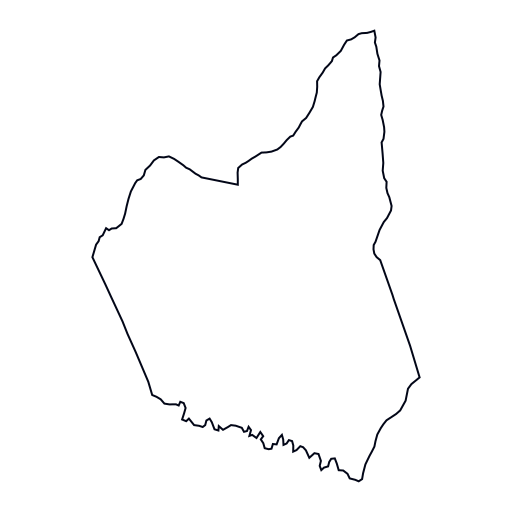 Tuneiras do Oeste, Paraná, Brazil
{"feature_id": "56859067B31393731178393", "entity_name": "Tuneiras do Oeste", "entity_type": "district", "adm_level": 2, "iso_a3": "BRA", "parent_name": "Brazil", "parent_adm1": "Paraná", "projection": "equal_earth", "projection_center": [-52.836, -23.86], "detail": "fine", "context": "isolated", "style": "outline", "palette": "ink", "viewbox_px": 512, "rotation_deg": 0, "n_neighbors": 0, "source": "geoboundaries", "source_scale": "gbopen_adm2", "svg_char_len": 2803}
<svg xmlns="http://www.w3.org/2000/svg" viewBox="0 0 512 512"><path d="M410.1,345.8L393.7,298.9L392.5,295.0L380.2,260.1L376.6,257.1L374.3,253.6L373.5,249.3L373.7,245.0L375.5,241.8L379.6,229.9L383.8,222.0L387.0,218.1L391.0,210.5L391.6,206.0L389.3,197.2L387.5,193.2L386.3,187.9L386.6,181.8L384.2,178.2L382.7,170.7L383.3,163.0L382.6,153.7L382.0,146.8L381.6,142.4L383.5,138.9L384.4,131.8L384.1,127.2L382.7,120.1L381.2,114.9L382.1,110.9L383.5,106.5L382.9,100.9L381.6,95.5L380.6,89.7L379.7,84.3L380.6,72.0L379.0,66.1L379.5,60.5L377.4,53.8L376.3,46.7L374.9,42.5L375.6,37.5L374.3,30.7L370.9,31.9L367.1,32.9L361.7,33.2L358.5,34.1L354.7,37.3L351.1,39.4L346.9,40.5L344.2,44.6L340.8,50.9L336.3,55.3L333.0,57.5L331.9,61.1L328.3,65.3L325.1,68.4L322.7,72.6L319.3,77.3L317.1,81.2L317.2,86.9L316.8,92.6L315.7,96.8L314.6,101.3L312.9,106.9L309.3,113.0L306.1,118.0L302.0,121.4L300.3,124.5L298.7,127.6L295.6,131.8L293.2,135.6L290.3,136.6L286.7,140.1L283.8,143.6L280.6,147.0L277.3,149.5L271.5,151.6L266.4,152.4L261.5,152.6L255.5,156.5L251.8,158.6L248.5,161.0L245.7,162.8L242.1,164.5L238.2,168.0L237.6,172.6L237.8,179.1L237.8,184.7L201.5,177.4L198.7,175.4L195.5,173.7L189.7,169.3L186.1,167.7L183.4,165.3L178.3,161.7L174.1,158.9L168.9,156.4L163.9,157.4L158.9,157.0L153.9,160.4L150.1,165.5L145.4,169.9L143.8,175.4L140.7,179.0L137.2,180.3L135.2,183.1L133.4,186.6L130.9,191.4L128.5,198.9L126.7,206.0L125.1,213.7L123.5,218.9L121.6,223.9L116.2,228.2L111.7,228.5L109.0,230.2L106.1,228.2L102.7,235.3L99.7,237.2L98.6,241.2L96.1,244.6L94.1,251.4L92.4,257.2L105.5,284.7L110.6,295.8L122.6,321.6L127.5,333.9L135.8,352.3L148.3,381.8L152.2,395.0L156.5,396.8L160.7,399.3L164.4,403.6L169.4,404.4L175.9,404.3L178.7,405.5L180.3,401.8L183.7,403.1L185.6,408.0L184.1,413.3L182.1,419.5L186.2,421.2L188.9,418.6L194.1,425.1L199.1,425.8L202.7,427.0L205.2,425.1L206.4,420.5L209.6,418.6L211.8,422.2L214.5,429.3L218.4,430.5L218.8,426.1L223.0,429.8L228.0,427.0L231.0,425.1L235.7,425.7L241.8,427.8L244.0,431.8L247.0,431.0L248.6,426.8L251.0,430.1L249.4,435.9L252.2,434.9L256.5,438.0L260.3,432.0L263.2,436.2L260.8,439.4L263.3,443.2L264.7,448.2L268.7,449.2L271.5,448.7L272.9,444.0L276.6,444.4L278.9,438.2L281.9,434.9L283.2,439.5L283.5,444.9L286.6,443.5L288.9,440.1L292.1,441.1L293.3,445.5L293.2,451.6L296.5,450.1L300.3,446.2L303.1,447.2L305.9,450.3L309.3,457.8L314.4,453.2L318.5,454.0L320.9,460.9L319.7,465.9L321.3,470.1L324.0,467.6L328.1,466.4L329.2,462.0L331.2,458.8L334.8,458.4L336.8,463.6L338.7,470.2L343.2,470.5L347.5,473.8L349.7,478.4L355.2,479.8L358.7,481.3L362.1,479.1L363.1,473.2L365.4,464.4L367.7,459.6L369.6,455.7L371.8,451.7L374.4,446.6L375.5,441.1L377.3,434.5L380.8,428.1L383.4,424.2L386.5,420.3L396.1,414.0L400.2,410.4L405.6,400.7L406.5,396.2L408.0,388.7L411.4,384.1L419.6,377.4L410.1,345.8Z" fill="none" stroke="#020617" stroke-width="2"/></svg>